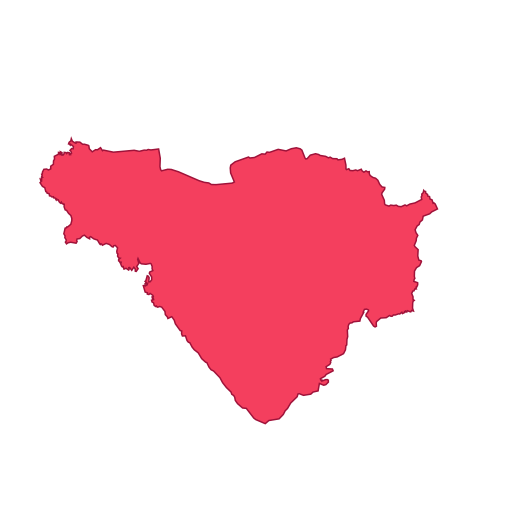 Banyumas, Jawa Tengah, Indonesia (Natural Earth projection), rotated 164°
{"feature_id": "22746128B18933963724988", "entity_name": "Banyumas", "entity_type": "district", "adm_level": 2, "iso_a3": "IDN", "parent_name": "Indonesia", "parent_adm1": "Jawa Tengah", "projection": "natural_earth1", "projection_center": [109.207, -7.455], "detail": "fine", "context": "isolated", "style": "filled", "palette": "rose", "viewbox_px": 512, "rotation_deg": 164, "n_neighbors": 0, "source": "geoboundaries", "source_scale": "gbopen_adm2", "svg_char_len": 6128}
<svg xmlns="http://www.w3.org/2000/svg" viewBox="0 0 512 512"><g transform="rotate(164 256 256)"><path d="M386.5,279.8L384.3,280.0L382.3,277.6L381.8,277.9L381.5,279.9L380.7,279.8L379.4,276.5L376.5,278.9L375.7,276.9L376.2,274.6L375.4,274.2L372.8,276.3L373.5,278.8L370.6,281.3L370.7,285.4L370.1,286.2L369.3,281.4L368.4,280.1L364.1,278.4L359.6,278.0L359.0,277.4L358.7,274.6L359.4,272.4L359.2,270.4L362.6,269.9L363.3,268.8L362.1,264.6L362.8,261.9L364.9,260.4L366.2,260.7L364.7,264.6L365.1,266.3L366.0,267.0L368.7,262.6L369.6,262.2L368.4,260.3L369.3,260.6L370.0,260.1L368.1,259.0L368.5,258.3L370.6,257.8L370.6,258.9L371.3,258.4L372.5,258.6L372.5,251.9L370.5,250.6L371.0,249.4L370.2,248.8L369.5,248.5L368.1,249.2L366.0,246.6L365.9,245.3L367.2,245.3L367.2,243.7L366.4,243.7L366.4,242.3L368.6,242.3L368.6,240.4L367.4,239.3L367.5,236.5L366.1,234.9L365.6,235.3L364.6,233.9L362.4,234.0L360.7,232.8L358.8,227.8L359.3,224.6L358.0,221.9L357.9,220.2L353.8,220.9L353.5,220.4L352.3,216.9L352.2,213.0L349.4,205.2L348.1,204.4L349.0,201.7L348.8,199.4L345.8,198.7L345.6,193.7L344.8,191.8L343.5,190.8L342.5,186.0L341.2,182.9L338.2,178.8L336.5,172.3L333.7,167.8L332.6,167.0L331.8,162.1L330.5,159.0L328.5,157.2L324.2,149.0L323.0,143.4L320.7,137.7L317.5,132.1L317.4,129.8L315.9,128.0L315.4,126.1L315.7,122.8L314.4,119.1L310.8,113.6L307.3,112.2L302.8,100.8L301.3,98.8L293.3,92.3L289.0,94.3L278.7,93.1L273.4,96.2L270.6,99.2L267.8,100.7L263.2,105.1L255.2,109.4L253.7,111.8L252.3,111.7L248.8,109.0L241.4,108.1L238.6,109.5L233.5,109.2L230.2,116.0L226.5,113.1L224.3,113.1L221.2,114.8L220.7,116.7L221.6,117.6L223.3,118.0L227.1,117.6L226.9,118.7L227.8,118.8L228.0,119.5L227.9,120.3L223.0,121.4L221.2,122.8L213.5,124.4L213.7,126.3L219.3,128.3L219.1,130.3L214.9,131.5L213.5,133.1L213.6,134.1L212.6,135.0L212.7,136.3L209.3,137.0L205.8,136.6L198.8,138.0L195.9,141.1L194.3,145.0L193.3,145.5L191.6,150.7L190.1,153.2L188.6,159.7L187.2,160.9L186.9,162.8L185.7,164.7L184.1,165.6L182.1,165.3L180.5,165.9L174.1,164.8L172.9,167.1L168.0,172.1L168.4,172.5L166.5,174.8L164.4,174.5L162.8,173.2L163.0,172.2L166.3,169.5L166.8,167.9L165.6,166.4L162.3,156.3L161.1,155.0L159.6,155.3L158.9,158.5L158.2,159.7L153.2,162.0L147.8,160.8L144.1,162.0L142.8,160.8L141.5,160.6L140.2,161.5L138.6,160.9L134.7,161.1L133.8,160.6L131.3,161.7L131.1,160.3L128.7,160.7L128.5,161.6L127.9,161.2L127.4,161.8L126.5,160.6L125.6,161.7L123.1,159.8L122.5,159.7L121.5,160.8L119.8,159.7L119.9,162.7L118.3,167.7L117.0,170.0L116.7,169.5L116.1,169.7L117.0,171.1L116.3,173.6L116.7,177.1L114.9,179.1L113.7,179.0L112.6,180.4L111.1,180.2L111.4,181.0L110.4,181.4L110.4,182.2L109.2,182.7L108.3,184.3L108.0,185.8L111.3,188.1L110.3,190.1L109.5,190.6L109.4,192.8L107.8,197.8L104.9,200.6L101.4,201.6L98.5,205.0L98.6,205.9L100.6,207.2L100.5,211.4L98.4,217.4L100.7,221.3L100.9,222.6L97.8,226.5L96.9,228.9L94.8,231.2L95.8,234.4L95.8,237.4L92.8,240.5L90.5,241.3L89.1,243.4L86.1,244.8L84.3,248.2L77.4,248.7L74.9,250.0L68.6,251.2L69.4,256.6L70.4,258.1L71.2,257.9L71.3,261.5L73.0,262.8L72.8,265.3L74.4,266.3L74.1,267.9L75.5,269.6L75.2,271.3L76.3,271.8L76.7,272.8L77.9,270.7L79.6,269.8L79.8,268.4L80.9,267.2L81.1,264.7L88.5,263.2L93.7,263.5L97.3,262.7L98.7,264.0L102.8,263.4L105.6,264.5L107.1,266.2L109.6,266.5L112.5,267.8L114.4,267.3L117.6,269.5L118.0,270.6L117.3,274.2L118.2,280.6L117.5,281.9L113.9,284.8L113.3,286.4L115.8,287.6L117.3,290.7L118.0,295.2L119.6,297.8L122.0,299.3L124.1,301.9L124.4,303.9L123.9,305.9L125.5,306.1L126.8,307.5L129.2,306.8L130.6,308.7L130.9,310.4L134.9,310.0L136.4,311.2L139.4,311.3L142.1,312.3L142.7,314.3L145.2,314.1L145.5,314.8L144.5,318.7L144.0,325.6L146.6,325.2L150.7,325.8L151.4,327.2L155.5,328.5L157.5,330.6L159.3,330.4L161.6,332.6L166.7,335.0L167.8,336.3L170.6,337.9L176.0,338.0L179.9,335.5L181.3,335.5L181.9,336.6L182.7,345.1L184.0,346.9L187.4,348.9L192.5,349.4L198.1,348.7L205.3,352.4L214.4,351.9L216.8,352.9L219.1,351.4L222.3,352.6L230.3,351.1L234.9,351.9L235.9,353.2L250.1,352.3L255.2,350.3L256.5,347.7L257.5,342.8L256.4,333.1L258.8,332.6L274.7,335.6L279.2,337.0L281.2,339.2L285.5,341.1L290.0,344.1L307.4,358.4L313.7,362.6L317.0,363.7L323.3,363.9L323.9,365.3L323.7,368.4L321.1,376.3L320.1,385.7L327.8,386.9L330.3,388.1L332.0,387.8L334.3,388.6L339.3,388.8L344.0,391.2L364.4,395.1L373.4,399.8L374.5,399.5L375.6,403.0L379.1,401.8L380.9,402.4L384.7,401.3L386.7,405.0L386.3,408.0L386.8,408.7L390.2,410.8L391.8,411.1L393.9,414.0L397.5,415.2L397.6,414.2L398.4,414.2L400.9,416.9L401.2,419.7L402.3,417.7L404.3,416.8L405.3,415.4L404.4,414.9L404.0,413.8L403.4,414.5L401.3,411.6L402.2,409.5L403.6,410.1L405.7,408.8L405.0,407.6L405.0,405.7L405.9,405.6L406.2,404.5L407.4,404.8L407.1,406.8L408.7,407.5L409.8,406.7L410.2,407.8L411.8,408.5L412.3,407.2L413.6,406.2L414.7,406.4L414.0,408.9L415.3,410.1L415.5,407.8L416.3,407.5L416.5,409.5L417.3,410.0L417.8,408.3L422.4,407.4L423.0,404.6L424.4,403.3L425.5,400.0L428.6,398.9L429.3,396.3L431.8,395.9L433.3,397.3L436.0,397.8L438.1,395.6L438.8,393.8L439.5,393.7L439.4,392.2L440.1,391.5L439.5,390.5L440.4,390.4L441.0,388.6L441.2,389.4L441.7,388.5L442.1,389.0L442.1,386.8L443.4,386.0L442.1,381.8L440.2,379.9L440.3,375.9L439.5,375.0L439.5,374.0L437.7,372.9L437.9,370.7L436.9,370.4L435.9,369.0L434.4,368.8L434.5,367.7L433.2,367.2L432.6,364.9L431.8,365.7L431.4,364.6L430.6,364.5L430.3,362.4L429.4,360.7L428.3,361.4L428.2,360.1L427.2,359.7L427.1,358.9L426.1,358.6L426.9,356.2L426.7,352.9L425.5,352.1L424.4,348.6L422.8,346.0L422.7,342.9L423.3,340.8L425.3,337.5L428.9,335.9L429.9,336.1L430.3,335.4L431.8,335.4L434.6,330.3L434.0,328.0L434.7,326.3L434.0,324.0L434.4,322.6L435.4,321.9L434.8,319.9L433.1,320.5L430.3,320.3L425.4,317.9L424.0,319.2L424.1,320.5L423.3,321.7L420.6,321.3L417.3,323.1L415.2,323.3L413.4,320.5L411.2,318.4L410.8,319.9L409.6,320.2L407.2,317.2L404.0,315.0L402.9,310.7L402.5,310.0L401.8,310.5L401.0,309.9L400.7,308.7L396.6,309.4L393.7,307.5L391.9,304.7L390.9,304.0L389.8,305.1L388.3,304.9L386.8,302.0L388.5,299.0L388.8,297.0L388.2,296.1L389.1,294.0L388.5,292.0L387.2,291.3L389.0,290.5L389.4,289.2L388.5,288.1L388.6,287.2L387.4,287.1L388.2,285.7L388.0,283.5L387.5,282.4L386.6,282.5L386.5,279.8Z" fill="#f43f5e" stroke="#9f1239" stroke-width="1.5"/></g></svg>